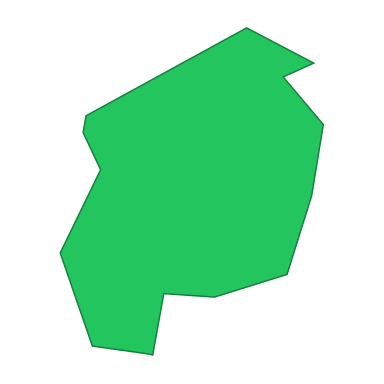 the district of Fredericksburg, Virginia, United States of America, rotated 266°
{"feature_id": "52423323B55756815925715", "entity_name": "Fredericksburg", "entity_type": "district", "adm_level": 2, "iso_a3": "USA", "parent_name": "United States of America", "parent_adm1": "Virginia", "projection": "albers", "projection_center": [-77.495, 38.298], "detail": "fine", "context": "isolated", "style": "filled", "palette": "green", "viewbox_px": 384, "rotation_deg": 266, "n_neighbors": 0, "source": "geoboundaries", "source_scale": "gbopen_adm2", "svg_char_len": 353}
<svg xmlns="http://www.w3.org/2000/svg" viewBox="0 0 384 384"><g transform="rotate(266 192 192)"><path d="M33.3,138.0L32.1,141.4L92.6,156.8L85.6,207.2L103.2,281.1L179.9,311.1L250.1,327.7L300.4,291.0L312.1,322.4L351.9,257.9L275.5,91.7L259.0,87.5L220.6,102.4L140.4,56.3L45.2,81.9L33.3,138.0Z" fill="#22c55e" stroke="#15803d" stroke-width="1.5"/></g></svg>